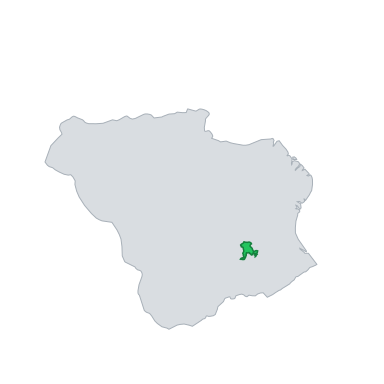 location of Ifelodun, Kwara, Nigeria, rotated 235°
{"feature_id": "59680162B15317000449503", "entity_name": "Ifelodun", "entity_type": "district", "adm_level": 2, "iso_a3": "NGA", "parent_name": "Nigeria", "parent_adm1": "Kwara", "projection": "mercator", "projection_center": [4.887, 8.634], "detail": "fine", "context": "in_parent", "style": "filled", "palette": "green", "viewbox_px": 384, "rotation_deg": 235, "n_neighbors": 0, "source": "geoboundaries", "source_scale": "gbopen_adm2", "svg_char_len": 6810}
<svg xmlns="http://www.w3.org/2000/svg" viewBox="0 0 384 384"><g transform="rotate(235 192 192)"><path d="M300.9,88.8L310.9,103.0L313.1,113.5L313.9,118.6L315.5,119.2L318.7,119.5L321.0,120.6L322.3,122.3L323.2,123.9L323.3,124.8L322.7,131.1L321.9,133.4L322.3,136.5L322.2,137.8L321.9,138.7L320.5,139.7L318.5,140.7L314.0,143.7L312.7,144.1L310.8,144.2L309.1,145.0L307.2,146.6L302.9,152.6L299.3,158.6L296.7,168.3L293.5,171.3L292.9,174.0L292.4,180.0L291.9,181.8L291.4,182.4L288.0,183.5L286.0,184.9L284.8,187.6L283.3,196.9L282.8,198.4L281.6,200.1L279.9,201.8L278.4,202.8L274.4,203.4L270.7,210.4L270.6,211.6L269.0,217.9L266.1,222.7L265.9,225.7L262.3,229.9L260.4,232.8L262.4,235.8L262.5,236.2L256.3,241.3L255.9,242.0L255.7,245.5L255.2,246.5L254.1,247.7L252.4,249.1L250.7,250.2L248.8,251.0L246.9,251.3L245.9,250.8L245.3,249.8L244.3,245.5L243.7,244.6L242.5,243.8L237.8,239.1L234.9,237.4L234.3,237.5L233.8,238.0L233.0,240.4L232.2,241.2L230.6,241.5L228.0,241.6L226.1,241.2L225.6,240.8L224.7,238.9L218.8,243.2L216.7,244.1L214.1,249.2L210.3,251.7L207.8,253.9L200.9,260.8L199.5,262.8L198.1,265.8L195.2,278.7L190.4,286.7L189.8,288.5L189.5,288.4L188.9,289.1L187.0,288.7L186.2,287.2L185.1,286.9L183.1,284.7L182.7,285.1L184.8,290.7L184.0,292.8L178.2,292.9L173.2,293.6L169.7,293.5L168.0,292.8L167.2,290.7L166.9,290.9L166.8,292.0L165.7,292.9L161.8,293.0L160.1,291.6L158.7,290.0L157.2,289.3L157.5,290.0L159.2,291.5L159.0,293.8L155.9,296.4L153.9,296.5L152.7,295.4L152.0,293.6L151.7,290.9L150.9,289.1L150.4,289.1L151.0,292.1L151.0,294.8L152.5,296.9L150.2,297.5L147.5,297.6L147.1,296.8L146.8,295.1L146.3,294.6L145.8,297.6L140.2,298.4L139.4,298.3L139.2,297.7L139.6,296.9L139.5,295.6L138.3,296.6L138.1,298.7L137.4,299.0L135.2,298.7L132.9,297.7L129.1,295.1L124.5,290.8L123.7,288.9L122.4,286.6L120.0,280.2L120.4,279.9L121.5,280.3L122.0,279.7L120.1,279.2L119.7,278.8L119.6,277.3L119.7,275.6L122.6,274.7L123.3,273.6L123.7,272.6L120.1,274.2L116.7,272.4L115.9,271.3L116.3,270.4L120.2,270.4L121.6,269.5L120.8,269.3L119.3,269.3L118.7,268.7L118.8,267.4L118.3,267.7L117.6,268.9L115.4,269.7L114.0,268.9L113.9,267.0L113.6,266.1L112.5,265.4L108.5,260.4L103.5,256.2L99.1,253.2L92.3,251.9L78.3,251.9L77.5,251.5L78.3,250.8L79.6,250.4L84.1,248.0L83.3,247.7L78.6,249.2L77.0,249.3L75.0,252.2L61.1,252.8L61.1,251.5L61.8,247.8L62.6,245.2L61.7,242.1L61.4,239.3L62.0,238.4L62.2,237.3L62.1,230.1L62.8,229.0L62.8,228.2L61.4,225.2L61.4,222.8L61.1,220.5L60.7,219.4L61.2,210.6L61.0,208.4L61.5,206.8L61.7,203.0L61.7,199.2L62.6,193.3L68.6,192.5L70.0,190.2L70.8,187.2L70.6,184.3L72.5,181.8L74.8,179.5L74.7,177.0L75.4,176.3L76.5,175.7L78.1,175.4L79.8,174.2L80.8,172.0L81.8,168.5L80.3,166.1L80.3,165.6L80.9,164.2L81.8,162.9L82.5,162.5L84.3,162.9L84.8,162.3L85.9,158.5L85.8,157.5L84.2,154.9L83.3,147.9L82.9,147.0L81.6,145.8L78.3,140.8L78.4,138.5L79.8,135.5L80.7,134.1L81.9,133.3L82.2,132.6L81.8,131.8L81.2,131.1L81.0,129.8L81.7,127.9L81.5,125.9L81.8,115.3L84.5,113.3L88.4,109.8L90.4,106.2L91.5,103.5L92.8,94.4L94.9,93.4L98.8,90.1L104.2,88.2L107.7,87.6L113.8,87.9L116.9,87.6L119.5,85.8L120.7,85.3L122.4,85.0L137.6,89.7L139.0,89.5L140.2,89.8L142.1,91.1L146.5,95.5L151.3,102.3L152.7,103.8L154.2,104.5L155.7,104.8L156.8,104.7L157.9,104.1L159.4,102.8L161.6,102.2L163.4,102.3L172.9,97.1L173.8,97.0L179.6,98.2L187.6,103.4L194.1,106.8L198.6,108.0L204.0,108.8L213.1,109.0L220.0,101.7L222.5,100.1L225.6,98.6L232.0,97.3L242.6,96.3L252.6,96.7L258.8,98.0L265.3,100.4L268.1,102.7L272.6,103.1L275.7,102.6L276.8,100.3L279.9,97.4L284.7,94.6L288.6,92.7L291.8,91.8L294.7,89.6L296.9,88.9L300.9,88.8ZM162.2,295.9L160.0,296.6L158.6,296.4L160.6,293.5L161.5,294.1L162.8,294.4L162.2,295.9Z" fill="#d9dde1" stroke="#a8b0b8" stroke-width="1"/><path d="M106.0,212.0L106.2,211.9L106.4,211.8L106.6,211.7L106.9,211.4L107.1,211.1L107.3,210.8L107.4,210.5L107.4,210.2L107.5,209.9L107.5,209.6L107.6,209.2L107.6,208.7L108.0,208.6L108.4,208.5L108.7,208.4L109.0,208.4L109.4,208.4L109.5,208.4L109.8,208.5L110.0,208.6L110.3,208.7L110.6,208.7L110.8,208.8L111.1,208.9L111.5,208.9L111.9,208.9L112.1,208.9L112.3,208.9L112.6,208.8L113.0,208.6L113.4,208.6L113.5,208.5L113.8,208.5L114.2,208.5L114.5,208.5L114.8,208.8L115.0,209.0L115.1,209.4L115.3,209.7L115.4,210.0L115.5,210.1L115.5,210.4L115.4,210.8L115.4,211.0L115.7,211.1L115.9,211.1L116.2,211.1L116.4,211.1L116.7,211.0L116.8,211.0L117.0,210.9L117.2,210.7L117.4,210.7L117.6,210.6L117.9,210.4L118.2,210.1L118.3,209.9L118.6,209.4L118.7,209.2L118.8,208.9L118.8,208.7L119.1,208.3L119.2,208.1L119.5,207.9L119.8,207.5L119.9,207.3L120.3,206.9L120.6,206.6L121.1,206.3L121.4,206.0L121.3,205.8L121.1,205.7L120.9,205.2L120.8,204.8L120.8,204.4L120.8,204.0L120.8,203.5L120.9,203.0L120.9,202.4L120.8,202.0L120.7,201.4L120.4,201.3L120.2,201.4L119.9,201.6L119.4,201.6L119.2,201.1L119.0,200.9L118.9,200.9L118.7,201.0L118.4,201.3L117.9,201.7L117.6,202.0L117.2,202.1L116.8,201.9L116.2,201.5L115.8,201.3L115.1,201.2L114.6,200.9L114.2,200.7L113.7,200.4L113.6,200.2L113.3,199.8L113.3,199.7L112.8,198.7L112.7,198.5L112.2,198.3L111.8,198.2L111.5,198.2L111.4,198.3L111.2,198.3L111.0,198.2L110.9,198.2L110.9,197.9L110.7,197.7L110.2,197.5L109.9,197.4L109.5,197.4L109.3,197.5L109.1,197.4L108.9,197.3L108.8,197.1L108.8,196.9L108.6,196.6L108.7,196.0L109.2,195.6L109.3,194.9L109.4,194.7L109.5,194.5L109.5,194.3L109.5,194.0L109.4,193.8L109.3,193.4L109.2,193.1L108.9,193.3L108.9,193.6L108.9,193.9L108.6,194.0L108.3,194.1L108.3,194.4L108.0,194.6L107.8,194.6L107.4,195.0L107.2,195.5L107.2,195.4L107.1,195.5L106.8,196.1L107.0,196.8L107.4,197.1L107.4,197.5L107.5,197.6L107.5,197.8L107.7,198.2L107.8,198.3L107.9,198.5L108.0,198.6L108.2,198.9L108.5,199.2L108.7,199.6L108.9,200.0L109.1,200.0L109.3,200.0L109.5,200.1L109.5,200.4L109.6,200.6L110.1,200.9L110.3,201.1L110.8,201.3L110.9,201.6L111.0,201.8L110.5,202.2L110.3,202.4L110.1,203.2L109.9,203.3L109.8,203.6L109.7,203.9L109.6,204.0L109.4,204.1L109.3,204.3L109.2,204.3L108.8,204.1L108.6,203.9L108.4,204.3L107.9,204.5L107.5,204.5L107.0,204.4L106.5,204.5L106.4,204.6L106.1,204.8L106.1,205.0L106.0,205.3L106.1,205.5L106.1,205.8L106.3,205.9L106.5,206.0L106.4,206.1L106.4,206.3L106.5,206.4L106.5,206.5L106.4,206.5L106.5,206.6L106.4,206.6L106.3,206.8L106.4,207.0L106.5,207.2L106.5,207.3L106.8,207.5L106.5,207.5L106.2,207.6L106.0,207.9L105.8,208.0L105.6,208.1L105.0,207.7L104.5,207.4L104.4,207.8L104.1,207.8L103.9,207.7L103.4,207.5L103.5,207.2L103.4,207.1L103.2,207.2L102.9,207.0L102.8,206.9L102.8,207.0L102.7,207.0L102.6,206.9L102.7,207.1L102.8,207.2L102.7,207.2L102.7,207.3L102.8,207.5L103.0,207.7L103.0,207.8L103.1,208.0L103.3,208.3L103.5,208.3L103.6,208.2L103.7,208.3L103.9,208.3L104.1,208.7L103.9,208.8L103.7,209.2L103.6,209.4L103.9,209.4L104.0,209.6L104.2,209.8L104.3,209.9L104.5,209.7L104.8,209.6L104.7,209.9L104.7,210.1L104.7,210.3L104.8,210.5L105.1,211.0L105.8,211.5L105.9,211.8L106.0,212.0Z" fill="#22c55e" stroke="#15803d" stroke-width="1.5"/></g></svg>